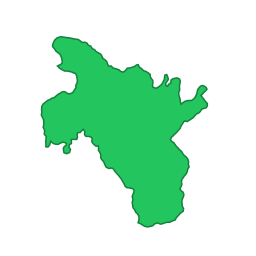 the district of Jequitibá, Minas Gerais, Brazil, rotated 81°
{"feature_id": "56859067B98217925914362", "entity_name": "Jequitibá", "entity_type": "district", "adm_level": 2, "iso_a3": "BRA", "parent_name": "Brazil", "parent_adm1": "Minas Gerais", "projection": "mercator", "projection_center": [-44.009, -19.208], "detail": "fine", "context": "isolated", "style": "filled", "palette": "green", "viewbox_px": 256, "rotation_deg": 81, "n_neighbors": 0, "source": "geoboundaries", "source_scale": "gbopen_adm2", "svg_char_len": 3894}
<svg xmlns="http://www.w3.org/2000/svg" viewBox="0 0 256 256"><g transform="rotate(81 128 128)"><path d="M28.0,184.2L29.8,186.7L31.3,187.8L33.5,189.2L35.8,189.8L38.0,188.4L41.0,187.0L43.3,184.8L44.9,183.5L47.2,182.9L49.3,182.5L51.6,182.6L53.8,182.9L54.8,185.0L55.7,188.0L58.4,186.1L60.3,183.8L61.9,181.5L62.2,179.1L63.0,177.1L64.0,174.6L65.1,173.2L65.9,171.3L68.5,170.5L71.8,170.6L73.8,170.7L75.8,171.5L77.4,172.7L80.2,173.2L82.4,175.3L84.3,177.0L85.1,179.5L84.7,182.1L83.0,183.7L82.0,185.4L82.2,188.0L83.1,189.9L83.8,191.7L84.9,193.7L86.4,196.1L86.7,198.8L87.7,200.7L88.0,202.6L89.0,204.5L90.1,206.4L91.0,208.0L93.1,209.7L96.0,210.5L98.9,210.6L101.6,211.6L104.1,210.8L106.7,210.1L109.4,210.3L112.0,210.8L114.2,211.7L116.5,210.8L118.6,211.0L121.1,211.7L123.5,210.1L126.5,210.8L128.4,211.4L130.9,211.5L133.7,212.1L134.3,210.1L132.7,208.1L130.8,207.3L129.0,206.2L130.6,205.2L131.9,203.8L132.9,201.5L133.2,199.4L132.4,197.3L131.8,194.5L132.5,192.6L133.8,191.2L135.5,191.9L136.3,193.8L137.8,195.0L140.1,195.2L142.4,195.1L143.8,192.7L143.1,189.6L140.2,188.2L137.4,189.3L135.3,188.4L134.5,186.3L132.5,186.0L130.5,185.9L130.7,183.5L131.3,180.4L129.0,179.3L126.3,179.3L124.8,178.3L124.9,175.8L123.5,174.2L122.3,172.3L124.9,171.2L127.8,172.0L129.7,170.8L130.2,167.9L131.7,165.4L133.8,165.1L135.3,166.0L137.7,165.1L139.6,163.7L141.1,162.3L140.8,160.2L142.9,160.2L145.6,160.7L147.8,159.6L150.5,159.0L152.5,159.6L154.6,159.2L156.4,158.0L158.3,157.1L160.6,156.6L163.3,155.7L165.0,153.2L165.0,150.2L166.4,148.6L168.3,148.0L170.1,146.9L172.4,145.4L174.6,144.1L176.9,142.8L179.5,141.8L182.6,140.6L184.8,140.1L186.6,138.7L187.4,136.0L188.2,133.9L189.5,132.0L191.9,131.9L194.3,133.5L196.4,134.6L199.5,134.3L202.1,135.5L204.7,135.5L207.5,135.5L210.4,134.0L212.5,133.5L214.2,132.1L216.7,131.1L219.5,131.3L221.3,132.0L223.1,132.9L224.3,131.0L225.4,129.5L226.7,128.2L227.8,126.5L228.7,124.6L228.7,121.4L228.4,118.8L226.9,116.8L226.4,113.5L228.0,111.1L228.0,109.1L227.6,107.3L227.2,104.3L227.6,101.5L226.8,98.7L226.2,95.8L224.4,94.5L222.4,92.1L220.2,89.3L218.9,86.6L216.4,85.7L213.8,86.6L210.7,86.4L208.2,86.2L205.7,84.8L204.1,83.8L202.4,83.2L199.9,83.7L198.4,85.2L196.6,86.2L194.5,85.0L192.5,83.7L190.7,83.6L188.9,83.6L187.0,82.6L185.7,81.2L184.1,79.8L182.7,77.9L180.3,76.3L177.7,75.3L176.0,73.7L173.5,74.1L170.8,73.4L168.4,73.7L166.3,74.7L164.6,76.0L162.9,77.5L160.5,78.3L158.9,79.2L157.4,80.6L155.4,81.8L152.9,83.6L149.7,85.0L148.2,86.8L146.1,87.9L143.8,86.4L142.8,84.6L141.5,83.1L140.4,81.2L138.5,78.9L136.4,76.4L134.2,75.3L132.7,73.7L131.1,72.5L129.9,71.0L130.9,68.4L130.0,66.4L129.2,64.6L128.0,62.0L126.6,60.4L124.9,58.2L124.1,55.4L122.7,53.7L121.1,52.5L120.6,50.2L120.2,47.5L118.6,46.2L116.2,45.8L113.6,47.5L111.0,48.8L108.7,50.1L107.1,50.9L106.3,49.2L104.9,47.8L103.7,45.9L102.1,43.9L100.2,44.5L98.7,46.0L97.7,47.6L98.0,49.8L99.5,51.7L101.2,53.3L104.0,54.3L106.4,55.6L108.4,57.1L110.0,59.3L110.8,61.1L110.3,63.4L110.3,65.8L110.6,67.8L111.6,69.8L112.9,71.8L109.9,72.2L107.2,72.0L105.3,72.4L103.2,72.6L100.8,72.4L99.0,71.1L96.7,70.8L94.1,70.5L91.8,69.6L89.8,69.0L87.8,69.4L86.2,71.6L86.3,75.8L87.4,77.9L90.2,78.7L91.3,81.2L93.0,82.3L92.0,84.0L89.8,83.8L88.1,82.1L86.3,80.6L83.8,80.7L81.3,81.4L81.5,83.3L83.7,84.0L85.6,84.5L87.1,85.6L89.3,87.1L91.0,89.1L92.0,91.2L92.9,92.9L92.9,94.8L91.4,97.2L89.0,97.0L87.3,96.3L84.8,96.1L82.7,97.3L80.9,97.9L78.4,97.8L76.4,99.7L74.9,101.5L73.8,103.7L71.8,105.1L69.4,107.4L67.0,108.0L67.1,109.9L68.1,111.4L68.5,113.5L69.0,116.4L68.8,119.4L70.9,121.6L72.1,124.1L70.8,126.5L69.1,127.8L68.2,129.5L67.3,131.5L66.4,133.4L64.1,134.9L63.9,137.4L61.6,138.2L58.9,138.6L56.9,140.2L55.0,142.1L52.5,142.6L50.5,143.6L48.9,145.9L47.4,147.6L45.3,148.8L44.3,150.7L41.3,152.0L39.9,154.4L37.7,155.2L36.4,157.5L36.4,159.8L34.6,161.4L32.8,163.3L32.2,165.4L31.5,167.3L30.7,169.5L29.8,171.9L29.1,174.4L28.2,177.2L27.3,180.3L28.0,184.2Z" fill="#22c55e" stroke="#15803d" stroke-width="1.5"/></g></svg>